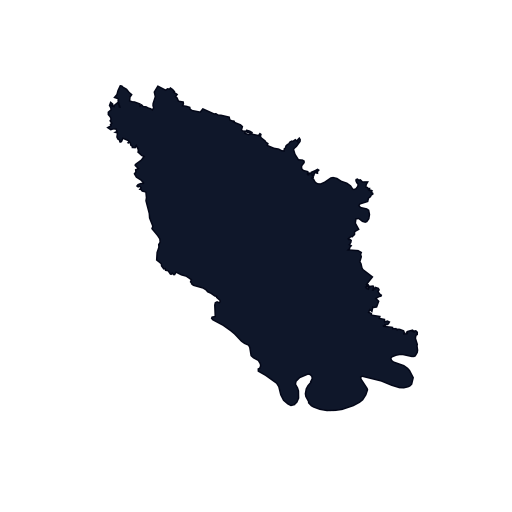 Meherpur, Khulna, Bangladesh (Equal Earth projection), rotated 112°
{"feature_id": "16705992B11914188004823", "entity_name": "Meherpur", "entity_type": "district", "adm_level": 2, "iso_a3": "BGD", "parent_name": "Bangladesh", "parent_adm1": "Khulna", "projection": "equal_earth", "projection_center": [88.762, 23.788], "detail": "fine", "context": "isolated", "style": "filled", "palette": "ink", "viewbox_px": 512, "rotation_deg": 112, "n_neighbors": 0, "source": "geoboundaries", "source_scale": "gbopen_adm2", "svg_char_len": 6112}
<svg xmlns="http://www.w3.org/2000/svg" viewBox="0 0 512 512"><g transform="rotate(112 256 256)"><path d="M361.9,210.7L363.0,202.4L366.2,189.2L368.6,185.9L375.4,181.0L379.4,176.4L381.2,171.0L381.5,167.6L379.0,164.2L379.1,164.7L376.2,163.4L371.8,163.3L365.2,166.1L362.8,168.1L360.2,171.4L357.2,172.0L352.4,170.0L346.0,163.6L345.6,161.3L346.7,159.0L348.7,157.9L352.0,158.2L352.3,157.7L356.8,159.2L360.4,159.6L365.2,158.6L367.6,157.1L371.2,152.7L372.4,152.2L374.1,148.5L374.4,146.0L374.2,139.4L372.7,132.4L369.4,124.7L366.0,118.8L358.3,109.8L352.9,105.3L349.4,103.3L343.6,102.2L338.3,102.5L337.2,103.4L330.8,112.6L329.2,113.6L327.7,112.6L324.9,93.0L325.0,81.8L324.3,73.7L322.8,69.6L320.3,66.1L318.8,64.7L316.5,63.7L309.9,64.7L304.7,70.8L303.4,73.4L302.3,77.9L302.8,88.9L302.1,91.1L300.6,92.7L298.7,92.3L295.5,89.0L293.6,86.1L292.3,82.9L290.8,74.0L290.0,72.0L289.0,71.0L285.1,70.4L282.8,70.9L279.0,73.1L277.6,73.3L272.6,77.4L269.6,78.0L268.4,77.1L266.3,77.9L265.5,79.8L266.2,81.0L267.2,80.9L267.3,82.0L266.7,81.4L266.1,83.1L269.2,87.2L270.3,87.8L270.6,86.8L271.3,86.6L273.0,89.6L272.5,90.0L271.9,89.5L270.1,91.1L270.2,95.3L270.9,97.3L271.7,97.5L270.9,99.0L272.3,102.0L271.1,102.6L271.3,103.7L273.5,111.4L272.9,111.7L272.5,109.9L271.3,110.8L270.6,108.8L269.4,107.9L267.2,107.6L267.1,109.8L269.0,112.1L266.7,113.1L267.7,118.3L265.7,118.5L267.6,126.8L266.1,127.5L266.1,130.5L263.1,130.4L263.9,127.8L259.6,128.6L259.7,127.7L258.1,125.1L252.0,125.3L250.5,129.0L247.7,126.9L246.4,125.1L245.4,125.1L244.9,127.2L243.1,129.7L241.3,129.2L240.2,130.5L240.4,133.5L241.9,133.4L241.6,135.1L243.5,134.4L243.8,135.0L240.9,135.2L240.0,136.2L241.8,139.5L242.4,138.1L242.7,141.5L243.5,139.5L244.7,139.3L244.7,141.1L243.8,142.6L243.1,142.0L242.1,142.3L241.1,140.6L240.6,141.3L240.8,142.9L231.8,140.2L228.6,151.8L227.4,153.3L223.8,155.8L222.5,157.6L217.3,158.1L215.2,159.7L213.3,159.7L212.8,163.4L215.9,172.9L214.1,172.0L213.2,172.4L210.8,171.6L210.6,173.8L207.9,173.2L205.9,173.6L205.5,175.1L206.0,176.1L205.6,177.0L202.2,175.2L202.2,174.1L199.2,172.7L196.5,173.7L192.8,170.8L188.4,176.2L184.1,177.3L182.7,174.7L184.0,170.3L183.7,167.4L182.6,166.2L179.2,165.4L175.1,166.3L171.4,168.7L170.9,171.0L171.9,177.2L170.8,179.6L168.8,179.2L163.6,172.9L160.2,173.4L158.1,172.1L156.5,172.1L154.7,170.9L154.0,171.5L153.8,173.1L152.1,172.8L152.0,174.2L152.9,175.5L152.6,176.3L151.8,175.7L150.9,176.0L151.6,177.4L150.8,178.2L150.9,180.1L148.4,180.6L145.5,180.2L147.5,185.0L146.3,187.8L147.2,189.2L146.7,190.8L147.6,191.8L148.8,191.5L150.3,190.0L151.2,188.2L153.2,187.7L156.3,188.5L157.6,190.0L157.9,191.3L155.6,194.6L154.5,199.0L154.8,205.0L153.8,210.0L154.4,213.9L155.6,215.8L161.8,219.9L165.0,223.0L165.9,225.5L165.9,227.2L165.1,229.3L163.2,231.5L163.0,233.2L162.3,233.4L161.7,232.4L160.5,233.0L159.9,234.8L159.7,232.6L156.7,232.9L156.2,230.0L154.8,230.7L152.9,230.0L152.6,231.4L154.1,232.6L153.7,230.9L154.9,230.9L154.8,233.2L157.7,236.1L159.0,235.8L159.0,237.3L159.4,237.6L160.9,237.5L161.3,238.4L160.9,239.0L158.8,239.1L158.4,239.7L159.0,244.1L157.9,246.5L155.3,247.5L151.4,246.4L150.0,247.0L149.7,248.9L150.9,252.7L147.1,258.0L143.5,260.9L142.4,261.2L139.2,259.6L133.3,258.1L131.6,258.6L130.5,260.0L132.5,260.8L134.3,260.3L133.4,263.1L135.9,264.7L136.1,265.9L137.6,267.2L140.1,267.7L140.7,268.5L142.6,269.4L145.3,269.2L146.0,269.9L148.1,269.3L148.8,271.6L148.4,275.0L149.4,279.7L149.3,287.0L147.3,287.1L146.9,289.4L145.9,290.7L144.5,295.5L143.4,296.7L141.4,297.0L141.1,298.2L142.6,298.6L143.2,297.6L144.6,305.7L143.0,305.9L142.6,308.6L142.9,311.7L144.6,311.8L144.2,307.3L145.4,307.1L146.3,308.4L146.4,312.5L144.2,312.5L145.2,315.2L144.6,316.7L141.1,317.1L140.2,319.5L140.2,327.0L139.3,326.7L139.2,327.1L139.7,328.8L139.7,331.2L137.3,332.9L138.6,341.1L139.6,343.9L139.1,346.5L140.0,348.0L139.5,360.4L143.5,361.6L145.1,369.9L144.5,372.2L143.0,373.1L143.3,376.6L144.2,380.4L142.1,380.3L140.5,381.2L141.5,385.9L139.0,388.4L138.4,390.4L135.8,389.6L134.9,393.7L134.1,393.3L132.9,395.7L132.3,398.3L133.7,398.6L134.1,400.6L136.1,402.0L135.3,410.6L142.1,411.7L146.0,409.0L153.2,408.5L155.2,407.8L156.9,406.4L159.4,406.8L158.9,409.0L159.2,411.0L158.9,413.9L159.8,416.5L158.7,418.7L160.3,419.6L158.5,420.5L158.7,426.3L159.4,428.4L159.5,431.3L155.9,432.4L153.0,431.7L151.9,435.0L149.9,438.5L149.3,442.9L148.7,444.0L149.0,445.6L154.3,445.9L158.4,445.4L162.0,446.6L161.8,443.1L162.6,442.1L163.8,442.0L169.0,437.9L169.2,438.4L165.3,441.5L169.7,443.9L170.6,443.5L171.0,445.4L170.6,446.7L169.8,445.5L168.9,445.7L168.0,448.3L171.3,448.2L172.9,446.2L174.7,445.1L178.0,446.8L180.2,445.9L181.5,443.3L183.4,441.5L185.3,441.9L187.0,439.4L188.5,440.2L189.5,439.1L192.5,441.6L193.3,438.0L191.8,436.3L190.7,433.5L192.5,431.4L194.0,432.8L193.8,430.5L197.8,429.5L199.3,427.9L199.6,426.0L201.2,424.9L201.0,424.1L200.1,423.6L196.7,423.5L196.8,417.2L197.4,416.6L198.9,417.1L198.9,416.5L197.7,415.9L197.9,415.2L200.2,413.5L200.7,411.6L201.7,411.3L200.8,408.6L198.4,408.4L200.5,406.0L200.2,405.6L200.7,405.1L201.8,405.1L202.8,404.0L203.8,404.4L205.6,399.6L205.6,397.1L210.0,398.2L216.3,402.1L217.3,401.9L219.0,397.7L221.1,399.9L223.1,398.8L225.3,399.5L227.7,396.4L228.6,391.3L230.3,387.6L230.9,387.6L232.0,390.0L234.0,392.1L235.7,392.6L236.1,391.2L235.2,390.5L235.1,389.3L235.7,388.1L237.6,388.6L237.3,387.8L238.4,385.8L237.9,382.4L238.2,381.9L243.0,379.4L246.0,378.7L256.5,370.9L260.6,368.9L267.0,362.8L269.6,362.7L273.8,354.9L276.1,351.6L279.1,350.0L281.8,350.5L284.2,349.3L289.8,349.0L296.9,346.6L298.6,340.9L300.6,339.8L302.5,336.7L301.7,335.4L303.1,334.5L302.6,331.9L304.8,328.6L304.7,327.8L303.3,327.3L304.1,325.5L303.7,324.5L300.9,324.1L301.4,318.1L300.8,313.1L302.2,307.0L304.5,307.0L305.3,305.4L305.9,305.3L306.6,303.1L305.5,293.0L306.1,289.6L307.3,287.4L307.4,284.0L308.5,279.1L308.1,277.3L309.1,277.0L310.6,272.7L311.7,272.1L313.1,272.6L313.1,274.9L314.6,276.2L317.0,275.8L327.4,271.1L329.1,273.8L330.4,273.8L331.3,272.1L332.5,260.6L334.7,251.4L336.2,246.7L340.4,237.6L341.3,233.9L341.4,229.5L343.1,227.5L350.2,223.2L351.3,220.2L351.9,214.7L354.3,211.6L356.2,210.5L358.7,210.5L359.9,211.6L361.9,210.7Z" fill="#0f172a" stroke="#020617" stroke-width="1.5"/></g></svg>